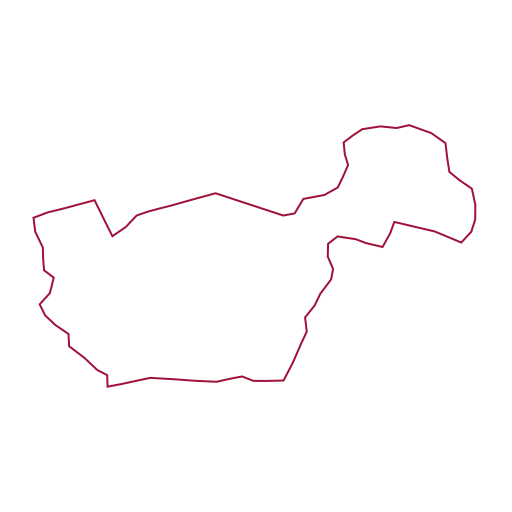 Camaragibe, Pernambuco, Brazil (Robinson projection), rotated 88°
{"feature_id": "56859067B56162371864322", "entity_name": "Camaragibe", "entity_type": "district", "adm_level": 2, "iso_a3": "BRA", "parent_name": "Brazil", "parent_adm1": "Pernambuco", "projection": "robinson", "projection_center": [-34.999, -7.981], "detail": "fine", "context": "isolated", "style": "outline", "palette": "rose", "viewbox_px": 512, "rotation_deg": 88, "n_neighbors": 0, "source": "geoboundaries", "source_scale": "gbopen_adm2", "svg_char_len": 1148}
<svg xmlns="http://www.w3.org/2000/svg" viewBox="0 0 512 512"><g transform="rotate(88 256 256)"><path d="M249.7,50.4L239.3,40.0L227.4,35.7L212.5,35.0L196.3,37.9L187.4,49.9L178.7,59.8L164.4,61.5L149.8,62.7L139.3,76.5L130.6,98.3L133.0,111.1L130.8,127.2L133.0,145.4L138.9,155.0L145.5,164.4L157.4,163.7L168.3,160.8L180.0,166.4L190.4,171.9L197.4,185.5L200.6,206.7L214.8,215.9L216.5,227.3L191.9,294.2L195.3,308.9L199.5,326.3L202.7,339.3L205.1,350.5L207.8,362.3L211.4,373.9L222.5,385.2L231.2,398.8L214.8,406.3L194.6,415.4L198.5,432.3L201.7,446.1L205.1,462.5L210.0,477.0L224.0,475.8L239.9,468.8L252.5,468.8L262.9,468.3L270.6,458.9L285.9,463.3L296.7,473.9L308.0,468.8L318.0,458.9L327.4,446.1L339.7,445.9L351.8,431.1L364.4,418.6L369.9,408.9L381.4,408.9L379.3,395.1L376.3,378.5L374.1,365.9L376.3,342.2L378.6,321.2L380.3,299.7L377.6,285.2L375.9,274.1L380.7,263.0L381.2,251.4L381.4,232.8L363.9,222.9L345.2,214.0L333.3,207.9L319.1,209.1L307.6,199.2L295.7,192.9L282.1,181.8L271.6,179.4L259.1,184.3L246.3,183.5L239.3,173.9L242.7,155.7L247.0,145.4L251.4,129.2L237.8,121.0L226.8,116.6L237.8,76.3L249.7,50.4Z" fill="none" stroke="#9f1239" stroke-width="2"/></g></svg>